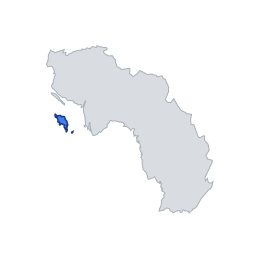 Gotland, Gotland, Sweden shown in context, rotated 106°
{"feature_id": "70781695B80690990768870", "entity_name": "Gotland", "entity_type": "district", "adm_level": 2, "iso_a3": "SWE", "parent_name": "Sweden", "parent_adm1": "Gotland", "projection": "natural_earth1", "projection_center": [18.646, 57.653], "detail": "medium", "context": "in_parent", "style": "filled", "palette": "blue", "viewbox_px": 256, "rotation_deg": 106, "n_neighbors": 0, "source": "geoboundaries", "source_scale": "gbopen_adm2", "svg_char_len": 5365}
<svg xmlns="http://www.w3.org/2000/svg" viewBox="0 0 256 256"><g transform="rotate(106 128 128)"><path d="M59.3,170.7L60.2,172.5L62.1,172.3L62.9,170.9L64.1,167.0L62.9,162.6L64.7,161.1L65.9,158.7L68.6,158.0L72.2,155.2L72.6,152.4L73.5,150.3L70.7,144.0L70.5,142.4L75.1,141.6L77.2,137.4L74.2,134.7L69.4,132.2L71.3,124.2L69.5,119.9L69.8,118.1L69.6,115.3L70.8,114.1L68.6,110.0L71.0,107.2L70.7,105.8L77.6,100.1L82.1,99.1L90.2,99.9L92.2,97.7L92.3,96.5L91.7,93.7L87.1,92.0L92.3,87.0L96.3,82.1L97.2,77.3L98.1,75.3L97.3,70.7L102.6,70.2L107.3,68.3L106.7,65.7L117.2,58.0L117.6,56.7L116.8,55.4L114.4,53.0L115.1,51.9L117.9,51.3L119.2,50.3L121.4,46.6L127.0,43.8L133.2,45.7L135.9,42.5L135.8,38.1L138.0,37.7L154.6,40.4L157.4,38.8L154.6,37.9L157.4,36.2L158.2,35.1L158.4,33.8L158.3,33.1L156.0,31.5L161.2,31.3L164.1,32.1L164.3,33.0L175.6,38.2L184.6,40.3L187.2,41.8L188.1,43.4L189.5,43.5L191.2,45.0L192.9,45.8L191.6,46.9L191.6,49.3L192.1,50.4L191.2,52.5L194.2,53.0L194.7,54.3L193.1,55.6L193.4,57.0L197.2,61.4L196.2,62.8L196.0,64.6L194.3,65.9L194.0,67.2L194.4,69.0L195.0,69.8L196.6,70.4L199.4,75.1L196.6,75.4L194.5,74.8L189.5,75.4L188.3,76.1L184.4,74.2L182.2,75.3L180.7,74.3L179.6,75.9L179.3,78.0L177.5,77.8L178.1,78.6L175.7,78.9L175.6,79.2L176.1,79.7L175.3,80.4L172.0,80.6L171.5,81.3L172.5,82.1L172.5,82.6L170.3,81.8L171.8,83.4L172.1,84.5L167.6,88.9L169.1,90.1L170.4,92.6L171.7,93.7L171.2,94.8L166.4,97.6L163.7,102.0L157.7,104.8L154.5,105.6L152.5,107.6L150.1,107.0L150.0,108.2L148.5,107.4L147.2,109.3L145.0,110.8L142.7,110.5L142.4,110.8L143.1,111.2L140.4,111.6L139.6,113.2L137.5,113.7L137.2,114.2L139.2,114.3L138.8,115.6L136.5,116.3L135.6,117.1L134.6,117.1L134.8,116.4L133.2,116.5L132.8,115.7L132.5,115.9L133.5,118.1L132.7,118.9L134.2,119.8L129.9,121.9L127.3,121.1L126.9,121.7L127.5,123.5L129.7,124.9L128.4,125.9L126.8,130.1L127.8,132.7L124.9,132.1L125.1,133.1L124.1,134.3L124.5,135.9L124.2,137.0L124.8,138.0L124.5,138.5L124.8,143.1L125.7,145.1L125.3,146.7L126.5,147.6L129.1,147.8L129.9,149.1L133.2,148.3L135.4,150.9L139.8,153.1L139.6,154.6L142.4,155.6L144.0,157.6L144.7,159.2L144.4,160.3L140.1,163.0L136.7,164.9L133.2,166.0L133.3,166.4L135.1,166.6L139.3,165.3L140.5,166.5L138.2,167.0L137.8,168.6L136.8,169.6L127.4,173.2L126.2,174.4L122.0,176.2L114.6,176.1L113.4,176.5L119.9,177.2L121.4,178.5L118.3,179.4L119.6,182.6L118.8,183.4L118.7,186.9L117.6,187.0L117.1,188.4L117.6,192.0L118.2,193.0L117.9,194.0L116.1,196.4L116.7,199.3L114.6,204.6L112.3,207.7L110.5,211.8L108.5,213.2L106.2,212.3L102.8,212.8L96.5,212.6L95.7,213.1L96.2,214.5L93.9,214.3L89.9,217.5L89.7,219.0L91.2,222.0L89.3,224.0L85.0,223.5L79.4,224.7L74.4,223.7L75.1,222.7L75.6,218.8L70.1,210.7L72.8,211.6L73.9,211.1L72.3,208.5L74.6,208.4L75.3,207.4L75.0,205.9L73.1,205.3L71.5,202.9L69.8,201.7L66.9,197.0L65.9,193.8L64.9,194.1L64.1,190.4L62.4,189.8L62.2,186.1L60.5,185.7L59.4,184.0L59.4,180.8L57.3,180.3L57.7,178.8L57.2,173.1L56.6,171.4L57.2,170.1L58.3,169.9L59.3,170.7ZM145.7,188.1L144.8,188.4L144.2,189.5L142.7,190.0L142.5,193.3L143.8,194.5L142.4,195.0L141.4,196.8L138.9,197.9L137.9,199.0L137.3,200.6L135.1,201.5L136.7,199.1L134.7,196.3L135.2,195.4L135.0,192.2L139.6,188.2L141.7,187.7L142.6,188.1L143.0,187.2L143.7,186.9L145.7,188.1ZM116.6,210.7L115.4,211.4L115.1,210.4L115.3,206.7L117.8,202.1L118.9,201.8L122.0,195.7L122.4,195.3L123.4,195.6L122.7,196.2L122.7,197.3L120.7,200.5L120.2,202.7L119.5,203.2L116.6,210.7ZM146.6,186.8L146.4,187.7L145.3,187.0L146.3,186.0L148.6,186.2L146.6,186.8ZM141.4,163.5L140.0,164.9L139.7,164.3L140.0,163.6L141.4,163.5ZM138.2,170.8L137.5,170.9L138.0,169.9L139.0,169.7L138.2,170.8Z" fill="#d9dde1" stroke="#a8b0b8" stroke-width="1"/><path d="M142.3,187.8L142.2,187.6L142.2,187.0L141.8,186.7L141.5,186.8L141.1,187.0L140.5,187.4L140.2,187.9L140.0,188.1L139.3,188.1L138.7,188.5L138.3,188.7L137.9,189.5L136.9,190.7L135.8,191.5L135.0,191.9L134.9,192.0L134.7,192.3L134.7,192.8L134.8,193.2L134.8,193.5L135.0,193.7L135.0,193.8L135.0,194.2L135.5,194.5L135.5,195.2L135.4,195.4L135.2,195.4L135.1,195.7L134.6,196.2L134.6,196.4L134.6,196.5L134.8,196.7L134.9,196.8L134.8,197.0L135.0,197.3L135.1,197.9L135.3,198.0L135.5,198.4L135.5,198.7L135.6,198.9L135.8,199.0L135.8,199.3L136.5,199.2L136.7,199.5L136.5,199.8L136.1,199.9L135.7,200.1L135.3,200.8L134.8,201.3L134.7,201.5L134.8,201.7L135.6,201.7L136.0,201.6L137.3,200.9L137.6,200.6L137.5,200.2L137.2,200.0L137.4,199.7L137.6,199.6L137.7,199.3L138.0,198.8L138.2,198.7L138.3,198.2L139.8,197.4L140.1,197.4L140.3,197.3L140.6,197.3L140.8,197.2L141.3,197.1L141.5,197.0L141.5,196.5L141.1,196.0L141.3,195.7L141.6,195.4L142.0,195.3L142.2,195.1L142.5,194.9L143.6,194.9L143.8,194.7L143.8,194.2L143.6,194.0L142.6,193.9L142.3,193.8L142.3,193.6L142.1,193.5L142.0,192.9L142.2,192.6L142.5,192.2L142.5,191.4L142.6,189.9L143.0,189.8L144.5,189.7L145.0,189.4L145.2,188.7L145.7,188.6L145.8,188.4L145.8,188.2L145.7,188.0L145.4,187.7L145.1,187.3L145.0,187.0L144.7,187.0L144.2,186.8L143.8,186.8L143.1,186.9L143.0,187.1L142.9,187.6L142.7,187.9L142.3,187.8ZM146.6,187.8L146.5,187.4L146.6,187.1L147.0,186.8L147.7,186.6L148.2,186.6L148.5,186.5L148.7,186.4L148.7,186.2L148.3,186.0L146.6,185.8L145.8,186.2L145.5,186.8L145.5,187.0L145.8,187.4L145.9,187.7L146.1,187.9L146.3,187.9L146.6,187.8ZM147.9,180.9L148.2,180.7L148.3,180.6L148.2,180.3L147.8,180.0L147.5,180.0L146.6,180.0L146.9,180.3L146.9,180.5L147.2,180.7L147.5,180.9L147.9,180.9Z" fill="#3b82f6" stroke="#1e3a8a" stroke-width="1.5"/></g></svg>